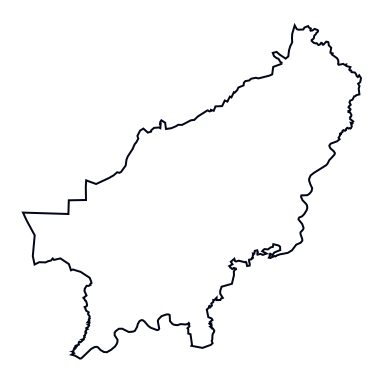 Krimuldas pag., Krimuldas, Latvia (orthographic projection)
{"feature_id": "27541924B6857171142021", "entity_name": "Krimuldas pag.", "entity_type": "district", "adm_level": 2, "iso_a3": "LVA", "parent_name": "Latvia", "parent_adm1": "Krimuldas", "projection": "orthographic", "projection_center": [24.794, 57.217], "detail": "fine", "context": "isolated", "style": "outline", "palette": "ink", "viewbox_px": 384, "rotation_deg": 0, "n_neighbors": 0, "source": "geoboundaries", "source_scale": "gbopen_adm2", "svg_char_len": 5918}
<svg xmlns="http://www.w3.org/2000/svg" viewBox="0 0 384 384"><path d="M191.4,345.8L202.5,347.9L210.8,344.9L212.6,343.2L211.7,340.8L212.3,339.4L212.4,335.8L212.9,333.5L213.9,332.3L214.3,330.7L213.0,328.7L212.2,328.6L210.6,327.0L211.2,327.0L210.9,326.7L211.0,325.4L211.6,325.7L211.6,325.0L211.1,324.8L211.2,324.0L210.2,324.5L209.3,323.6L210.3,322.6L209.9,322.0L212.5,320.0L211.6,318.5L208.3,317.1L206.8,309.5L208.8,307.9L209.0,306.3L209.6,305.9L210.4,307.1L211.9,305.6L211.3,303.5L213.2,302.1L213.3,300.0L214.2,300.2L216.6,297.7L216.6,300.1L220.3,300.0L221.2,298.4L222.8,297.9L220.2,293.7L220.2,290.9L221.6,286.7L231.9,283.8L234.0,275.0L233.8,271.7L234.7,269.8L236.0,269.3L235.9,268.6L233.8,268.0L232.3,269.0L230.2,267.4L230.1,266.7L229.3,266.1L232.5,264.3L230.8,261.8L234.3,258.8L235.0,261.0L236.0,261.5L238.7,260.7L245.2,262.3L245.9,261.9L246.3,262.3L247.1,266.0L249.6,265.6L249.8,264.0L249.1,261.4L249.1,259.7L251.5,259.3L251.8,258.2L252.7,258.2L253.0,257.6L252.6,256.9L252.8,255.6L253.2,255.1L252.9,253.5L254.3,253.7L254.8,250.9L257.2,250.3L257.9,252.1L257.3,252.9L257.5,254.6L260.6,253.9L262.7,254.9L266.6,253.6L262.2,251.2L263.2,250.1L264.4,249.1L268.0,249.4L270.8,247.3L272.9,246.9L273.3,244.2L278.3,245.4L279.5,246.1L280.1,246.9L280.2,250.1L274.7,252.3L273.8,253.0L272.6,255.2L270.2,253.7L269.6,254.5L269.9,255.6L268.9,257.7L270.6,258.0L272.5,256.4L272.7,256.9L274.9,256.0L275.6,256.4L276.9,255.4L280.1,254.3L287.8,252.9L292.0,250.3L296.2,244.7L300.7,242.7L302.3,240.7L302.2,238.9L300.5,234.1L300.5,232.3L302.8,229.9L303.4,228.8L303.5,227.7L302.2,224.0L298.5,219.5L298.6,218.6L299.2,217.5L302.1,216.3L304.2,214.1L306.6,210.3L307.3,207.8L307.0,205.4L306.1,203.9L302.5,200.2L301.2,197.2L301.1,196.1L301.4,195.4L307.2,195.2L309.4,193.8L311.5,191.3L312.2,188.3L310.2,183.9L309.1,180.5L309.2,178.6L310.6,175.5L313.7,173.0L326.3,165.1L327.7,163.4L329.2,160.3L334.5,154.6L334.9,153.1L333.9,151.4L330.3,148.2L329.7,146.9L329.3,145.6L330.6,143.7L337.1,141.3L339.6,139.2L338.6,137.8L340.1,135.2L340.0,133.9L341.0,134.0L341.2,132.8L342.6,131.9L342.5,130.9L342.9,130.5L343.7,130.1L345.0,130.8L346.0,130.0L346.0,129.1L347.2,127.8L348.4,128.5L349.3,128.1L350.3,128.6L351.0,128.1L351.8,126.2L350.8,123.0L352.3,123.6L352.6,123.3L352.4,122.2L353.2,121.4L350.1,119.0L350.1,117.2L350.9,116.7L351.5,115.2L350.2,112.6L348.4,112.0L348.4,111.0L350.1,110.4L350.5,109.2L348.5,107.3L348.9,106.4L350.7,104.8L349.5,102.4L350.2,100.6L352.5,99.7L354.2,96.3L355.1,96.3L356.5,95.1L359.4,94.4L358.7,88.4L359.5,86.1L358.1,83.7L360.2,82.2L361.0,78.1L359.2,75.3L357.8,77.0L356.7,76.0L355.9,73.9L354.8,72.5L351.5,72.1L351.2,70.6L349.8,70.4L349.3,69.7L350.4,67.1L346.3,66.0L346.0,65.5L346.2,64.5L344.7,64.9L343.2,63.9L338.8,64.8L338.3,64.4L338.1,63.8L338.4,62.7L338.2,60.2L337.0,58.2L331.9,54.5L332.6,53.4L330.4,52.7L331.2,47.8L328.8,45.3L328.4,42.4L328.1,42.0L326.2,41.7L323.4,44.7L322.7,44.7L321.8,42.9L321.2,42.8L319.8,44.6L318.4,45.0L316.7,43.2L315.5,43.4L313.7,42.8L311.6,40.8L311.7,40.0L313.5,38.7L314.0,37.8L314.1,36.1L314.8,35.1L315.8,34.3L316.5,32.8L317.5,32.2L318.1,30.9L317.7,30.1L314.7,28.9L312.3,30.5L310.6,30.7L310.3,30.1L310.8,28.5L309.0,27.6L308.1,26.1L304.5,27.5L303.3,29.5L298.5,29.7L296.8,29.1L294.7,25.4L292.2,34.0L292.0,38.1L292.2,42.3L290.2,46.4L289.0,50.4L288.3,56.4L285.6,58.6L279.5,54.5L276.6,51.9L272.8,52.9L274.0,56.1L276.7,58.2L278.4,58.7L280.5,62.1L281.6,62.6L281.4,63.9L273.2,66.9L272.2,74.4L269.5,75.6L258.5,78.4L255.8,77.8L251.7,78.6L250.4,79.2L249.4,80.4L245.4,81.1L243.9,82.7L243.6,85.4L238.4,87.5L237.2,90.1L234.7,92.7L233.9,92.2L231.4,97.4L229.9,96.6L227.4,101.6L224.8,100.5L222.1,106.1L215.5,106.4L213.7,110.8L211.0,109.9L210.9,111.0L209.6,111.4L207.7,110.4L207.1,110.6L197.8,116.5L194.3,119.9L190.9,120.3L182.1,124.9L178.2,124.8L176.1,126.2L171.3,128.2L166.0,129.0L165.1,122.7L161.4,120.3L160.3,121.9L160.0,123.9L160.7,123.7L160.3,128.2L158.9,127.5L154.0,127.9L151.2,130.3L151.1,131.6L147.8,132.6L143.4,128.6L140.1,130.6L137.4,135.9L138.3,138.6L136.3,142.3L134.7,144.2L132.6,149.0L127.8,156.4L126.5,159.6L125.7,165.5L121.1,171.9L119.4,172.8L117.1,172.3L113.7,175.3L109.0,178.0L96.1,184.0L86.2,180.4L85.8,186.8L86.0,200.0L68.8,200.3L68.4,214.0L23.0,212.6L26.6,220.4L34.7,235.3L32.8,256.1L34.6,264.5L39.2,262.2L45.6,262.4L48.7,260.9L48.4,261.2L51.0,260.5L52.7,258.5L54.0,259.9L60.4,258.4L68.9,264.1L71.0,270.3L72.9,269.5L80.7,271.9L89.7,277.8L91.1,281.4L91.5,283.0L90.5,283.7L90.2,284.2L90.5,284.9L88.7,285.9L86.6,285.8L84.6,289.0L84.8,289.7L84.4,290.8L86.5,295.5L83.4,297.9L84.7,299.4L85.1,300.5L85.9,300.9L86.6,302.6L87.1,305.2L86.8,306.0L84.6,307.1L85.5,308.4L85.4,308.9L86.3,310.8L88.7,312.3L88.0,314.0L89.7,316.4L89.2,318.5L89.6,318.6L88.8,319.8L89.3,320.3L89.3,321.6L88.3,321.5L87.8,322.1L88.9,322.2L89.5,322.9L88.8,324.4L87.9,324.5L89.1,325.5L88.1,327.0L86.3,328.1L87.5,329.1L86.5,329.6L85.4,331.5L85.4,332.3L86.1,332.2L86.3,332.7L85.1,334.5L85.0,335.5L84.1,336.0L84.7,337.3L84.0,337.9L83.7,339.0L82.3,339.5L83.3,339.8L80.6,342.2L79.3,341.7L78.9,342.1L78.6,343.8L78.9,344.6L76.1,345.6L76.8,346.3L76.0,347.2L75.8,346.2L75.4,346.4L74.2,348.3L75.0,348.7L73.5,350.1L73.2,351.3L72.6,351.5L73.4,351.7L73.5,352.1L73.0,352.1L72.9,352.6L73.9,353.2L71.5,354.7L75.2,355.7L80.0,358.6L81.4,358.3L91.2,348.9L94.5,347.1L96.2,346.8L97.8,347.2L100.5,350.0L103.9,352.0L106.9,352.2L111.1,349.8L115.2,346.3L116.8,343.8L117.5,341.7L117.5,339.7L114.7,335.4L114.6,332.8L115.5,331.3L118.8,328.8L122.2,328.7L128.8,332.0L133.1,331.6L134.9,330.8L137.1,326.9L137.8,324.0L139.4,321.3L141.3,320.1L142.9,320.3L144.6,321.6L148.2,325.9L150.9,327.8L157.1,330.1L158.6,329.7L159.2,328.6L158.0,322.2L157.9,320.5L158.6,319.2L161.6,316.1L166.7,314.4L168.5,314.4L169.7,315.1L170.0,321.1L172.3,323.8L173.8,324.7L177.3,325.2L180.7,324.1L185.5,324.5L188.1,323.8L188.8,323.0L189.1,323.5L187.9,324.4L189.1,324.6L189.4,326.4L187.5,328.2L188.2,329.0L188.3,333.6L190.5,334.2L192.0,344.8L191.4,345.8Z" fill="none" stroke="#020617" stroke-width="2"/></svg>